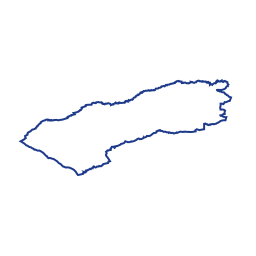 Gianyar, Bali, Indonesia (Equal Earth projection), rotated 77°
{"feature_id": "22746128B44616450347238", "entity_name": "Gianyar", "entity_type": "district", "adm_level": 2, "iso_a3": "IDN", "parent_name": "Indonesia", "parent_adm1": "Bali", "projection": "equal_earth", "projection_center": [115.288, -8.482], "detail": "fine", "context": "isolated", "style": "outline", "palette": "blue", "viewbox_px": 256, "rotation_deg": 77, "n_neighbors": 0, "source": "geoboundaries", "source_scale": "gbopen_adm2", "svg_char_len": 5821}
<svg xmlns="http://www.w3.org/2000/svg" viewBox="0 0 256 256"><g transform="rotate(77 128 128)"><path d="M101.5,205.6L101.6,206.7L101.9,207.1L101.9,209.0L102.6,211.4L102.9,211.9L103.5,211.9L104.6,214.4L105.6,215.2L105.6,215.8L105.9,216.4L106.3,216.8L106.8,216.9L107.3,218.0L107.8,218.2L107.8,219.1L108.1,220.3L108.0,221.6L109.3,223.8L110.0,226.6L110.7,227.2L111.2,227.1L112.0,227.5L112.1,228.2L112.7,230.1L114.2,230.2L114.8,229.9L115.8,232.0L116.8,235.6L119.6,232.7L122.1,230.9L122.6,230.0L124.3,228.4L125.0,226.9L126.5,225.6L126.8,224.8L128.1,224.1L128.2,223.1L129.7,221.2L130.1,219.3L131.9,217.3L133.9,215.7L136.7,214.1L137.5,213.1L138.5,213.1L139.5,212.3L139.6,210.7L140.0,210.0L140.5,209.5L141.5,207.4L144.6,204.5L146.7,203.3L147.9,201.8L150.9,200.0L151.6,198.6L152.4,197.8L152.8,195.7L153.4,194.0L155.3,191.5L156.6,190.1L158.7,188.8L162.4,187.5L162.6,186.8L162.6,182.1L162.3,181.9L162.1,182.3L161.8,182.1L161.7,180.1L161.0,180.5L161.4,179.7L161.2,179.0L160.7,179.2L160.1,178.8L159.8,179.2L160.0,178.0L160.5,177.9L160.3,177.4L160.0,177.4L160.1,176.6L159.7,176.1L159.6,174.5L159.3,174.2L159.6,173.7L159.3,173.5L159.4,172.9L159.0,171.9L159.2,171.5L158.6,171.3L158.6,170.9L158.0,170.6L157.7,170.1L157.9,169.7L158.4,169.7L159.2,168.5L159.1,167.9L158.6,167.0L158.9,165.7L158.5,164.8L158.8,164.5L158.7,164.2L159.2,163.1L158.7,161.5L158.2,161.2L158.0,160.5L157.6,160.2L157.6,155.2L156.3,154.6L156.3,153.0L152.6,154.3L150.2,155.5L149.0,155.5L148.0,154.5L146.2,154.7L146.0,153.9L145.3,153.3L145.2,152.8L145.6,151.9L145.3,151.1L145.5,149.7L144.5,149.4L144.0,149.5L143.7,148.8L142.7,148.0L143.0,146.3L144.3,145.7L144.0,144.9L143.0,144.7L142.9,143.4L143.2,142.7L142.5,139.1L142.0,138.6L141.9,135.9L141.5,134.8L140.4,133.7L140.7,133.5L141.1,132.3L141.7,131.5L142.1,129.8L141.9,128.4L142.1,128.0L141.8,127.6L142.1,126.9L142.1,125.1L141.4,122.3L140.8,121.3L140.7,119.8L141.5,119.1L141.8,117.4L141.4,115.6L140.9,115.1L141.1,115.1L140.8,112.3L140.0,111.4L140.6,109.0L140.3,107.5L138.7,104.2L138.9,103.3L138.8,101.5L137.6,100.9L137.8,100.2L137.3,99.2L137.6,98.6L137.2,98.0L137.2,97.3L137.5,97.0L137.8,97.4L138.1,97.1L138.6,95.3L139.8,94.1L139.9,92.7L141.0,91.0L141.4,89.3L141.9,89.3L141.8,88.2L142.6,87.2L142.8,85.4L143.6,84.7L143.6,82.5L143.3,81.6L143.8,81.3L143.3,77.9L144.0,76.2L144.0,75.2L144.5,74.4L144.3,73.7L144.6,72.5L145.0,71.6L145.4,70.3L145.4,69.4L145.8,68.7L146.3,66.0L146.5,62.9L145.4,62.9L144.7,61.3L146.1,58.9L146.3,54.1L141.1,52.9L141.1,51.6L141.5,51.5L142.2,50.0L142.6,50.0L143.3,48.8L143.0,48.3L143.0,47.0L143.4,47.0L143.4,46.7L143.1,46.2L143.1,45.1L143.2,44.2L143.6,43.8L143.6,40.9L143.1,39.8L143.1,39.0L142.4,37.1L141.9,36.2L141.9,33.3L142.4,31.3L139.6,29.8L139.6,30.6L138.9,31.4L138.7,32.2L137.8,33.4L137.3,33.8L136.9,35.0L136.5,35.1L136.6,33.4L135.9,32.0L136.1,30.6L134.4,30.4L132.8,29.5L131.7,30.6L131.2,31.9L130.8,33.7L128.9,33.6L126.4,32.5L125.1,32.3L125.3,31.3L126.2,29.7L124.6,28.0L124.8,27.7L124.9,26.7L124.4,24.1L124.5,22.8L121.4,20.7L120.3,22.5L118.7,23.4L118.2,24.4L117.5,24.5L116.6,25.7L115.1,26.2L114.2,28.4L113.2,29.6L113.0,30.5L112.3,31.1L111.9,32.3L111.3,32.7L111.0,32.7L111.0,31.9L111.8,29.2L112.0,27.4L111.8,25.8L111.3,24.0L110.0,22.9L109.4,21.5L109.5,21.3L108.8,21.2L108.3,20.4L106.9,21.1L105.7,20.9L105.6,21.3L104.7,22.0L104.5,22.9L103.9,23.1L103.8,23.8L104.6,24.9L103.9,25.8L102.7,25.9L103.1,27.2L103.5,27.5L103.5,28.0L102.9,28.9L103.0,29.6L102.2,29.6L101.7,30.3L102.5,31.6L103.4,31.6L103.5,32.0L104.2,32.4L104.2,32.7L103.8,33.2L103.8,33.6L104.0,34.9L104.4,35.4L104.5,36.1L104.8,36.3L104.1,36.9L104.2,37.7L104.1,38.0L104.3,38.4L103.6,38.2L103.0,38.6L102.9,38.0L102.4,37.9L102.1,39.3L101.7,39.0L101.1,39.4L101.1,39.7L101.3,39.8L101.4,41.1L100.7,41.1L100.2,41.8L100.3,42.5L99.7,43.6L99.8,44.4L99.1,44.8L99.1,45.1L99.5,45.4L99.4,46.0L98.7,46.8L98.7,47.5L98.2,47.8L97.7,48.7L98.0,50.8L98.7,51.2L98.7,52.8L98.9,53.2L98.5,54.3L97.8,54.8L97.2,56.2L97.7,56.1L97.7,57.4L98.1,58.0L97.9,58.6L98.1,59.2L97.7,60.0L97.6,60.8L96.6,62.0L96.6,62.5L96.3,63.4L96.6,64.0L96.3,65.4L94.9,65.3L94.7,66.6L94.3,66.7L93.5,68.2L93.8,68.6L93.4,69.4L93.4,70.3L94.0,70.9L93.9,71.8L94.2,72.1L94.7,72.1L94.8,72.4L94.5,73.7L94.8,74.3L94.6,75.1L94.8,75.9L94.5,76.8L95.0,77.7L94.7,79.8L95.2,80.3L94.6,81.4L95.1,81.9L95.1,82.4L95.6,82.9L95.2,83.3L95.0,85.7L95.1,86.2L95.6,86.3L96.0,87.7L95.8,89.0L96.3,89.8L95.9,92.1L97.1,93.2L97.2,94.2L96.7,94.6L96.8,96.4L96.2,96.9L96.6,97.8L96.6,98.5L96.4,99.1L95.8,99.3L96.0,100.9L95.6,102.6L95.9,103.6L95.5,104.4L95.9,104.9L96.2,106.6L96.4,106.6L96.5,105.8L97.0,106.5L96.9,106.8L96.3,107.3L96.2,107.8L97.8,109.3L97.6,110.5L98.3,110.8L98.2,112.0L98.6,112.5L98.7,113.2L99.7,113.8L99.6,114.8L100.0,115.8L100.6,116.5L101.0,116.6L101.5,117.5L101.0,118.3L101.6,120.0L100.9,121.0L101.4,121.5L102.4,121.8L102.3,122.1L101.6,122.2L101.7,123.2L101.2,123.5L101.2,124.1L101.4,124.7L101.9,124.5L102.7,125.6L102.3,126.9L102.1,129.2L101.1,130.8L101.3,131.7L101.8,131.0L102.0,131.8L101.4,133.6L100.4,134.3L100.6,134.8L101.2,135.1L101.3,137.0L101.8,137.1L101.6,138.8L101.9,139.5L100.5,139.8L99.4,141.7L99.4,143.1L99.6,143.3L99.2,144.5L99.7,145.3L99.1,146.1L99.1,146.9L98.4,147.6L97.9,147.3L97.2,147.8L97.4,148.2L96.9,148.8L96.6,150.1L96.0,151.2L95.9,153.3L96.5,153.7L96.4,154.4L95.6,155.8L95.7,157.2L96.2,157.4L96.3,157.9L97.1,158.4L96.3,162.1L96.2,164.1L96.9,164.6L97.3,164.5L97.6,168.3L98.0,168.3L98.0,168.7L98.7,168.6L99.5,169.5L99.7,170.4L100.0,170.3L100.4,171.9L100.8,172.2L101.2,175.1L101.1,177.6L102.7,176.9L102.7,179.7L103.1,180.2L102.7,180.5L103.3,182.4L103.4,183.6L103.7,184.3L104.0,184.2L104.0,184.7L104.8,184.8L104.7,186.3L104.8,186.4L105.1,189.9L104.8,192.9L104.9,194.1L104.2,195.3L103.8,197.0L103.6,198.3L103.8,198.5L103.4,201.2L103.1,201.1L103.1,201.6L102.9,201.6L102.9,202.8L102.5,202.8L102.3,203.1L102.5,204.2L101.7,204.3L101.5,205.6Z" fill="none" stroke="#1e3a8a" stroke-width="2"/></g></svg>